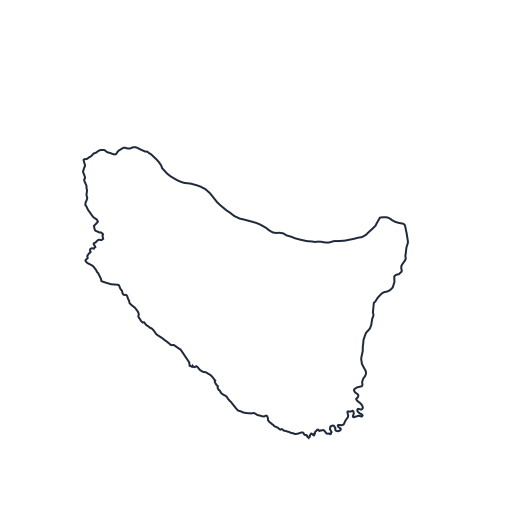 the district of Hatolia, Ermera, East Timor, rotated 136°
{"feature_id": "22284137B62574363374050", "entity_name": "Hatolia", "entity_type": "district", "adm_level": 2, "iso_a3": "TLS", "parent_name": "East Timor", "parent_adm1": "Ermera", "projection": "equal_earth", "projection_center": [125.331, -8.8], "detail": "fine", "context": "isolated", "style": "outline", "palette": "slate", "viewbox_px": 512, "rotation_deg": 136, "n_neighbors": 0, "source": "geoboundaries", "source_scale": "gbopen_adm2", "svg_char_len": 6015}
<svg xmlns="http://www.w3.org/2000/svg" viewBox="0 0 512 512"><g transform="rotate(136 256 256)"><path d="M140.3,197.5L147.0,195.5L148.9,194.8L151.6,194.7L159.3,194.9L161.8,194.8L164.6,195.4L166.8,196.1L169.8,198.2L173.4,200.2L181.5,205.4L186.4,209.5L189.2,212.3L194.6,215.3L197.2,218.1L199.3,221.1L201.7,223.5L203.7,225.0L205.7,227.6L209.1,231.4L212.8,237.0L215.5,241.4L217.3,245.4L219.8,249.8L220.6,253.2L222.8,256.2L225.7,258.8L227.4,261.0L228.2,263.3L228.8,265.8L229.2,269.2L231.2,275.9L232.9,279.7L235.3,283.9L239.9,291.5L241.7,294.1L243.9,300.0L244.6,305.2L245.6,309.6L246.4,317.1L246.6,321.7L245.5,333.0L246.0,339.6L246.9,341.9L247.5,344.0L249.4,347.9L252.8,353.6L256.6,358.1L257.9,360.3L259.5,363.8L260.2,365.8L262.1,372.6L262.7,376.9L262.5,384.5L261.5,386.4L261.1,388.2L260.6,391.4L260.5,394.1L260.8,401.8L261.4,404.0L261.7,406.5L263.2,408.2L265.3,413.4L266.2,416.2L267.2,418.1L269.5,420.0L271.1,420.4L272.5,421.3L274.0,423.0L274.8,424.6L276.0,425.8L277.9,426.4L281.8,427.2L283.4,427.1L284.7,426.7L286.3,426.6L287.3,427.5L288.3,429.0L288.9,430.5L290.9,434.0L291.4,437.3L292.1,438.3L294.6,440.5L296.7,441.1L299.7,441.5L301.4,442.5L305.3,442.3L307.4,442.9L309.8,443.2L310.7,443.6L312.3,444.9L312.9,445.0L313.4,444.8L315.9,440.2L316.5,439.5L318.9,438.6L320.5,437.5L321.5,437.2L322.1,436.4L324.1,431.8L324.7,431.0L325.3,430.6L326.3,430.5L326.8,430.0L327.3,429.3L329.1,424.4L331.2,422.0L331.8,420.7L335.3,417.9L336.0,417.0L337.1,414.9L339.5,413.6L341.0,413.1L343.1,411.5L343.5,410.9L343.4,410.0L344.7,406.1L345.9,398.5L346.0,396.6L345.2,392.9L345.4,392.0L345.7,390.9L346.0,390.5L350.2,390.2L351.2,390.3L351.7,390.2L353.8,386.9L353.9,385.6L353.0,383.6L352.6,382.3L352.2,381.6L351.3,380.9L350.9,379.1L350.8,378.5L351.2,377.6L351.8,377.6L352.6,376.9L354.0,374.5L356.1,374.8L356.6,375.3L357.3,376.4L358.0,377.0L358.6,377.2L360.9,377.3L361.9,377.1L363.7,377.8L364.5,377.4L364.8,376.2L365.0,375.0L365.5,374.0L366.1,374.3L367.5,373.9L368.6,375.5L369.0,375.8L370.1,376.1L371.5,375.5L371.9,374.8L372.0,374.0L372.7,373.6L374.0,373.9L376.5,373.5L377.5,373.1L377.9,372.3L378.6,371.4L381.4,371.5L381.8,371.1L382.2,370.5L382.2,368.2L380.4,362.8L380.3,361.5L380.4,360.1L380.9,356.4L381.3,355.5L381.5,354.5L381.4,353.4L383.4,347.3L384.1,346.1L384.6,345.6L384.4,344.7L381.6,339.3L380.9,338.3L380.0,336.5L375.3,331.2L374.9,330.2L376.2,327.0L376.5,325.8L376.5,324.8L376.8,323.7L378.0,321.7L378.2,320.6L377.7,319.3L377.0,318.8L376.6,318.4L376.4,317.8L376.5,316.6L377.6,314.6L378.4,312.0L379.5,310.3L379.7,309.7L379.6,307.0L379.0,302.8L379.6,298.3L380.0,296.9L381.1,295.2L382.5,294.4L383.0,293.4L383.3,291.2L383.9,289.0L383.7,286.8L382.6,286.2L382.9,282.2L382.4,280.8L382.1,277.9L381.4,276.6L381.3,273.8L382.0,269.1L382.0,268.4L380.5,262.0L380.1,258.8L379.8,257.4L379.2,253.3L379.2,251.9L378.9,250.8L376.9,249.0L375.6,242.1L375.2,241.3L377.8,226.6L378.0,225.9L380.0,223.0L379.4,222.4L379.1,220.9L378.8,220.5L377.9,220.9L378.1,220.0L377.4,218.7L375.5,218.2L375.2,216.6L375.5,212.8L375.0,210.9L374.7,209.8L374.0,208.5L373.1,207.6L372.7,206.8L372.2,204.6L371.7,203.1L371.4,201.4L371.4,199.6L371.9,194.7L372.6,194.7L373.2,193.8L374.0,190.8L373.9,188.7L375.1,188.0L375.9,185.6L375.5,184.8L376.3,181.6L376.0,179.4L375.1,176.8L374.9,175.4L375.0,174.1L375.4,172.6L375.5,170.0L375.4,168.6L376.3,159.3L376.2,157.2L374.4,154.0L374.4,153.2L372.3,150.0L368.8,146.1L366.9,144.8L366.2,143.7L365.4,140.5L364.1,138.6L362.7,136.1L361.6,134.9L360.0,134.4L359.3,133.7L359.3,133.0L359.6,132.2L360.1,131.1L361.4,129.5L361.7,127.2L361.3,125.2L361.3,124.0L361.0,122.9L361.0,121.0L360.8,120.2L359.7,117.7L359.4,115.4L359.1,114.2L358.0,113.8L357.4,112.9L357.4,111.3L355.8,108.9L355.4,108.0L354.4,106.3L353.5,104.0L353.2,103.5L352.6,103.1L352.2,102.4L351.8,101.0L349.5,99.2L346.1,97.6L345.0,96.6L344.8,95.6L345.3,94.2L345.2,93.5L344.7,92.6L344.1,92.2L344.2,91.3L344.6,90.4L344.5,88.6L343.9,88.9L342.9,88.6L342.6,88.8L342.1,89.5L339.6,89.9L339.4,89.7L339.1,87.0L339.0,86.7L338.7,86.7L338.1,87.1L337.7,87.6L337.1,87.3L336.5,88.0L335.4,88.4L334.0,88.3L332.6,88.5L332.0,88.0L332.0,86.4L331.7,85.9L330.9,85.9L330.0,84.9L329.2,84.6L328.5,84.1L328.2,82.3L328.6,79.6L328.2,78.7L326.7,77.4L326.5,76.4L326.0,76.1L325.5,76.1L325.1,76.6L324.0,76.8L323.8,77.2L323.3,79.7L323.0,80.3L322.0,80.7L321.3,81.5L320.5,81.6L318.6,80.8L318.0,79.9L317.9,79.0L318.3,78.3L318.4,77.1L319.0,76.7L319.6,76.0L319.8,75.5L319.8,74.6L318.9,73.1L317.1,72.2L315.7,72.2L315.1,72.8L315.0,73.5L315.3,74.2L315.4,75.9L315.2,76.8L315.0,77.2L314.4,77.3L313.7,76.9L311.9,74.7L310.3,74.0L309.4,74.1L306.2,75.4L301.7,76.3L300.3,77.4L299.8,78.5L298.7,80.2L298.5,80.4L297.9,80.4L296.2,78.5L295.1,78.0L294.0,77.6L293.9,77.4L294.0,76.4L295.0,74.9L295.9,74.2L297.3,73.7L297.8,73.2L297.9,72.5L297.7,72.1L293.3,69.9L292.3,68.6L292.0,67.8L291.4,67.1L291.1,67.0L290.2,67.2L290.0,67.6L289.9,68.3L290.3,69.9L290.7,70.5L290.9,72.1L290.8,73.8L290.4,74.5L289.9,75.0L289.0,75.2L288.7,75.1L287.0,72.4L286.4,72.2L284.9,72.4L284.4,72.8L283.7,74.2L283.3,75.8L283.3,78.2L283.8,81.4L283.5,83.2L283.2,83.6L282.8,83.7L280.9,83.6L279.9,84.1L279.2,84.7L278.9,85.7L279.0,86.7L279.4,88.3L279.4,89.6L278.9,91.1L278.6,91.5L278.1,91.8L277.6,91.9L274.6,91.3L270.5,88.9L269.9,88.9L268.9,89.4L267.4,91.4L266.8,91.9L263.8,93.4L261.0,93.8L258.9,94.8L257.4,96.2L256.8,97.7L255.5,102.4L254.7,104.9L251.9,108.8L250.2,110.2L245.5,113.3L241.6,117.1L239.8,118.4L238.0,120.1L236.7,121.1L231.8,123.6L230.0,124.3L224.5,124.7L221.2,126.2L216.0,130.1L213.2,131.4L212.2,132.3L211.0,134.3L203.8,140.4L201.6,140.4L198.1,141.3L196.4,141.5L191.7,141.7L189.2,141.1L185.9,139.1L184.3,138.6L182.1,138.3L179.5,138.4L174.4,141.2L170.9,145.1L170.3,145.4L168.2,145.1L165.9,143.7L162.3,143.6L161.4,144.1L160.0,146.3L158.3,147.9L155.7,148.6L151.9,149.3L150.3,149.9L148.2,152.6L146.4,153.9L141.9,157.6L137.9,159.8L136.7,160.8L132.0,167.5L130.1,170.6L128.6,172.8L127.9,174.0L127.4,175.4L127.7,177.0L130.2,180.5L131.4,182.5L132.2,184.1L133.3,187.5L133.5,189.3L134.2,191.4L135.2,193.2L138.7,196.5L140.3,197.5Z" fill="none" stroke="#1e293b" stroke-width="2"/></g></svg>